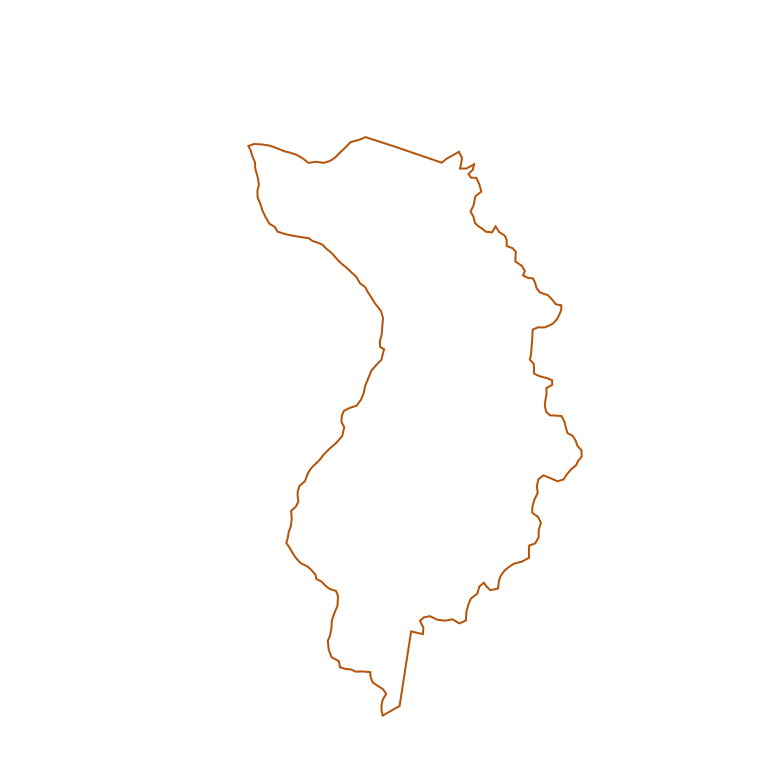 Boa Esperança, Espírito Santo, Brazil (Natural Earth projection), rotated 235°
{"feature_id": "56859067B85430168030596", "entity_name": "Boa Esperança", "entity_type": "district", "adm_level": 2, "iso_a3": "BRA", "parent_name": "Brazil", "parent_adm1": "Espírito Santo", "projection": "natural_earth1", "projection_center": [-40.323, -18.474], "detail": "fine", "context": "isolated", "style": "outline", "palette": "amber", "viewbox_px": 768, "rotation_deg": 235, "n_neighbors": 0, "source": "geoboundaries", "source_scale": "gbopen_adm2", "svg_char_len": 3322}
<svg xmlns="http://www.w3.org/2000/svg" viewBox="0 0 768 768"><g transform="rotate(235 384 384)"><path d="M656.7,409.4L651.5,408.7L646.0,406.8L639.4,405.4L634.7,402.3L630.4,400.7L625.2,398.9L619.1,395.9L614.8,391.1L609.4,387.5L603.0,386.2L595.8,383.9L588.5,382.7L581.0,382.1L575.3,384.6L569.8,384.2L562.0,390.3L556.5,395.6L551.1,401.2L546.7,405.9L542.3,407.4L538.1,410.5L533.4,413.5L527.9,414.3L523.2,415.8L518.7,416.6L513.5,417.1L506.9,418.2L500.5,420.1L494.4,421.3L487.7,422.8L480.4,422.1L474.3,424.1L468.7,423.5L462.1,423.3L455.0,422.8L450.1,423.2L445.1,423.3L438.2,420.8L434.0,417.1L429.4,413.5L425.7,410.3L421.4,405.1L416.4,402.1L412.4,404.0L408.9,399.8L405.3,395.9L404.5,390.9L402.2,381.3L397.3,373.8L393.0,367.1L388.3,362.3L384.5,356.4L381.9,349.2L384.1,342.2L385.0,335.8L382.0,331.1L377.4,327.4L371.4,326.6L365.3,319.9L363.0,310.1L362.2,302.0L360.6,293.6L358.7,287.7L356.9,276.3L354.6,270.6L349.8,263.7L349.0,256.4L345.7,251.9L342.1,249.2L336.8,246.4L334.1,241.4L333.3,235.1L326.8,231.3L321.1,226.3L317.3,220.9L313.5,217.3L309.9,212.8L304.2,212.8L299.5,212.3L292.7,212.0L284.8,213.0L278.5,216.7L273.5,217.8L267.1,218.5L263.1,216.7L257.9,219.6L253.6,220.1L247.5,221.8L242.0,226.0L236.5,224.6L229.0,218.7L225.0,212.3L220.2,205.6L214.7,201.4L208.9,195.5L205.9,190.7L198.2,186.4L190.2,184.3L183.0,188.0L177.1,185.5L172.6,189.1L169.1,193.2L164.6,195.8L160.8,201.6L155.9,207.5L151.8,205.0L146.1,203.6L140.6,205.6L134.7,208.1L128.8,208.0L126.5,202.5L122.9,198.2L118.4,195.0L113.2,192.7L111.3,212.1L165.8,264.3L156.8,272.4L161.8,276.5L169.3,277.6L170.0,282.9L167.4,288.5L160.3,292.5L155.0,298.4L152.0,305.1L144.7,308.4L143.3,315.4L150.2,320.9L155.4,327.2L158.5,332.2L158.7,340.2L163.4,345.9L163.9,351.8L159.4,351.8L154.1,352.9L151.1,360.1L157.1,365.5L159.9,369.6L162.0,375.5L162.5,381.3L162.3,387.3L159.4,395.1L158.5,403.2L163.9,406.8L168.4,410.3L166.7,416.3L169.8,422.8L175.6,426.9L180.4,433.0L186.9,433.9L193.5,431.6L198.4,435.1L203.2,441.2L206.5,447.3L212.6,450.6L217.4,455.8L217.7,462.2L211.4,466.3L204.9,470.2L202.8,476.3L205.3,482.5L206.8,488.6L207.3,494.7L209.8,499.3L211.1,504.3L216.4,507.7L222.4,507.0L227.6,508.5L233.3,508.8L238.5,506.1L243.7,507.9L249.8,510.2L256.0,511.0L260.0,506.1L263.1,502.0L268.3,500.9L274.2,503.4L278.9,507.7L282.5,511.3L287.5,514.7L286.8,521.4L290.7,523.8L295.0,521.1L301.3,515.8L306.4,512.9L310.7,515.8L314.9,518.3L320.2,517.4L323.9,521.4L329.4,525.9L336.5,531.8L343.3,537.0L342.1,542.6L338.1,548.2L336.5,556.8L337.9,563.0L340.3,567.5L343.1,571.7L346.8,574.4L350.7,570.5L356.1,570.2L362.9,569.2L369.3,564.3L375.0,563.9L380.0,565.8L385.0,566.6L388.5,562.7L393.2,560.2L395.9,564.3L401.8,564.6L409.1,561.9L413.1,565.0L416.7,567.8L421.6,567.2L426.7,563.6L431.6,567.2L436.4,568.0L442.5,565.5L449.1,565.8L446.3,559.4L450.3,554.8L455.3,553.4L459.5,551.6L463.8,550.9L469.5,553.2L475.6,553.8L479.0,559.9L485.3,566.4L485.8,574.1L493.1,576.7L500.0,577.8L503.0,573.7L507.5,573.6L508.7,579.8L512.2,583.7L513.3,575.0L516.9,569.8L520.1,573.4L524.3,577.5L531.2,578.6L532.6,564.4L532.2,558.2L571.2,529.8L596.8,510.5L598.2,504.0L601.3,495.4L599.7,487.0L598.8,480.3L597.5,473.6L597.7,467.6L599.7,461.5L605.3,455.4L608.4,449.0L615.0,447.0L621.9,443.9L627.8,439.4L631.9,435.8L636.1,433.1L641.0,429.9L645.5,426.4L650.6,421.0L655.2,415.1L656.7,409.4Z" fill="none" stroke="#b45309" stroke-width="2"/></g></svg>